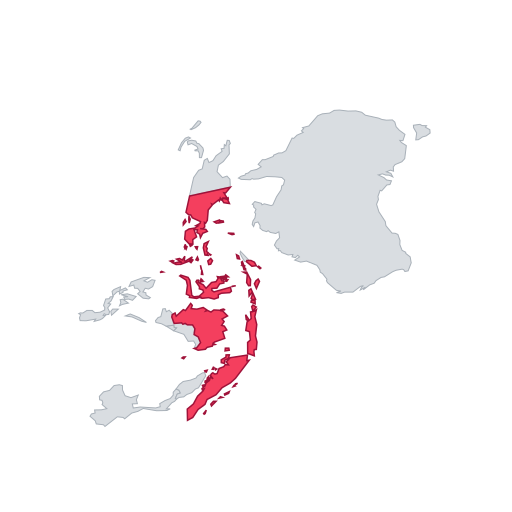 map of Indonesia with Papua New Guinea, East Timor, Thailand and 4 others greyed out, rotated 257°
{"feature_id": "IDN", "entity_name": "Indonesia", "entity_type": "country or territory", "adm_level": 0, "iso_a3": "IDN", "parent_name": "Asia", "parent_adm1": "", "projection": "equal_earth", "projection_center": [119.503, -2.501], "detail": "fine", "context": "with_neighbors", "style": "filled", "palette": "rose", "viewbox_px": 512, "rotation_deg": 257, "n_neighbors": 7, "source": "natural_earth", "source_scale": "50m", "svg_char_len": 12204}
<svg xmlns="http://www.w3.org/2000/svg" viewBox="0 0 512 512"><g transform="rotate(257 256 256)"><path d="M329.5,204.7L346.5,212.9L352.4,219.4L353.0,223.2L360.9,227.1L362.0,230.5L357.6,231.2L358.6,235.5L362.7,239.7L365.6,246.5L368.3,246.2L368.1,249.1L371.7,250.2L370.2,251.4L375.2,254.0L374.6,255.9L371.4,256.3L370.3,254.7L361.5,253.0L355.4,245.4L353.0,239.8L346.9,237.0L339.9,241.0L340.4,245.7L336.6,247.9L329.1,246.5L329.5,204.7ZM383.1,208.9L386.7,213.6L387.2,217.0L385.7,218.7L383.8,212.4L379.0,207.5L375.6,205.7L376.9,204.1L383.1,208.9ZM378.3,225.6L373.2,228.6L370.7,228.6L364.1,225.0L364.6,223.0L368.8,223.9L371.4,223.4L372.2,220.3L372.9,220.2L373.3,223.6L376.0,223.1L380.1,218.6L379.6,214.8L382.5,214.7L383.4,215.8L383.3,219.3L381.6,223.2L379.1,223.8L378.3,225.6ZM394.9,222.3L400.7,230.0L400.0,231.8L398.6,232.5L396.6,230.0L394.6,225.9L393.7,221.1L394.4,220.4L394.9,222.3Z" fill="#d9dde1" stroke="#a8b0b8" stroke-width="1"/><path d="M252.9,245.1L253.4,243.6L257.5,242.2L262.3,241.1L264.1,241.9L253.4,248.3L252.9,245.1Z" fill="#d9dde1" stroke="#a8b0b8" stroke-width="1"/><path d="M159.8,96.7L155.4,95.8L149.3,97.0L146.1,102.3L147.0,110.0L142.9,107.1L138.8,107.2L139.7,102.2L135.5,102.2L134.9,109.2L130.5,124.1L130.7,128.8L133.8,129.0L135.6,134.8L136.4,140.3L139.0,144.0L141.9,144.7L144.3,148.1L142.7,150.7L139.5,151.5L139.2,148.2L135.4,145.4L134.5,146.5L132.7,144.0L131.9,140.9L127.2,134.2L126.4,138.0L125.5,134.4L127.6,124.3L132.8,111.8L131.2,106.0L130.9,99.6L126.9,91.4L128.6,90.2L130.5,84.7L123.9,70.5L125.9,69.4L128.3,62.6L131.6,62.3L137.2,58.2L139.1,60.1L139.2,63.9L142.3,64.1L140.9,70.7L140.8,76.3L145.9,72.6L147.3,73.7L150.0,73.5L151.0,71.3L154.5,71.8L157.9,76.9L158.0,83.1L161.7,88.6L161.3,93.9L159.8,96.7Z" fill="#d9dde1" stroke="#a8b0b8" stroke-width="1"/><path d="M345.6,438.4L348.0,438.8L347.4,445.3L345.7,447.2L344.6,451.5L343.4,450.0L340.0,453.8L336.6,453.3L334.7,448.7L334.6,445.1L332.8,440.4L333.2,437.8L339.7,440.2L345.6,438.4ZM256.3,389.4L247.7,393.7L246.8,396.8L245.1,399.1L238.7,399.8L234.8,398.7L228.6,399.6L226.0,402.7L224.8,402.5L220.5,406.0L214.4,405.7L207.3,400.9L207.4,397.6L209.5,396.8L210.3,395.5L210.6,389.3L210.0,385.8L206.8,376.4L207.0,373.0L205.0,367.4L202.9,365.0L202.3,360.3L198.9,352.9L201.0,355.5L199.4,349.9L201.6,351.6L203.0,354.0L202.9,350.9L199.0,342.3L200.9,334.2L200.4,330.6L202.2,326.2L202.7,330.9L204.5,326.6L214.0,319.6L216.1,319.1L217.4,319.9L223.8,316.9L225.8,315.0L228.3,315.1L233.2,313.3L239.7,304.0L240.0,298.1L243.3,292.8L245.3,298.2L247.3,296.9L245.6,294.0L247.1,290.9L249.2,292.3L249.8,287.5L253.5,281.9L255.9,280.8L256.0,279.0L258.1,279.8L258.2,278.2L262.5,276.4L266.0,279.3L268.5,283.1L274.4,283.7L273.5,280.3L275.8,275.2L278.0,273.5L277.3,271.9L279.4,268.3L282.3,266.1L284.7,266.8L288.7,265.6L288.6,262.4L285.2,260.3L287.7,259.4L290.8,260.9L293.3,263.5L297.2,265.2L298.6,264.5L301.5,266.5L304.3,264.7L306.1,265.2L307.2,264.0L309.3,267.1L306.1,273.1L304.5,273.3L305.0,275.8L301.7,282.1L302.0,283.9L309.2,289.4L314.8,295.3L318.5,296.9L319.2,298.8L323.5,301.0L326.7,298.8L328.8,292.7L331.1,284.2L330.6,275.7L331.4,270.9L332.3,269.6L331.6,267.5L334.0,258.8L335.9,256.4L337.1,259.5L337.3,263.5L338.5,264.3L338.6,267.0L340.2,270.2L340.2,276.1L341.7,281.1L344.8,278.7L348.4,283.8L347.8,286.6L348.6,292.0L349.1,295.2L350.3,295.9L351.3,301.3L350.6,304.5L351.9,308.8L362.8,317.7L362.1,319.2L364.5,323.1L365.8,329.8L367.7,328.4L369.4,331.1L370.6,330.2L370.8,336.7L378.8,347.7L379.6,352.6L378.7,359.8L380.3,364.9L379.4,370.2L376.5,378.3L374.9,386.0L372.3,391.3L368.6,394.2L362.7,406.6L360.7,409.4L359.0,413.7L357.9,419.5L355.2,421.4L350.4,421.6L346.2,424.0L341.0,428.5L335.3,425.1L336.3,422.1L333.9,423.2L329.7,427.3L317.4,422.8L315.0,419.3L313.8,412.1L311.9,409.8L307.7,409.1L309.4,406.3L308.7,402.0L306.2,406.0L302.3,407.1L304.8,403.9L305.7,400.5L307.6,397.7L307.5,393.4L303.6,398.3L300.7,400.3L298.8,404.9L295.5,402.6L295.8,399.5L291.2,393.1L292.1,391.7L286.6,388.2L283.5,388.0L279.3,385.1L271.4,385.7L260.5,389.7L256.3,389.4Z" fill="#d9dde1" stroke="#a8b0b8" stroke-width="1"/><path d="M235.2,109.9L230.8,101.9L234.8,102.1L236.5,104.4L235.2,109.9ZM240.6,125.7L242.7,122.2L243.2,118.3L245.8,117.9L245.1,122.2L248.6,116.0L248.1,122.1L243.5,130.1L240.6,125.7ZM258.8,128.5L260.4,141.9L258.8,147.7L257.0,141.2L254.8,144.4L256.3,149.2L255.0,152.2L249.4,148.4L248.0,143.8L249.5,140.8L246.4,137.7L245.0,140.4L242.7,140.1L239.2,143.7L238.4,141.8L240.3,136.5L245.8,132.2L247.5,135.1L251.1,133.4L251.9,130.5L255.2,130.4L254.9,125.4L258.8,128.5ZM222.2,128.3L215.9,134.3L218.2,129.9L224.5,121.5L227.0,115.2L227.8,120.4L222.2,128.3ZM240.1,71.9L239.4,74.5L241.0,79.0L239.8,84.2L237.0,86.3L236.3,91.4L237.4,96.4L239.9,97.1L242.0,96.3L247.9,99.9L247.4,103.3L249.0,104.8L248.5,107.7L244.8,104.6L243.1,101.3L241.9,103.6L238.8,99.8L234.6,100.8L232.2,99.4L232.5,96.8L233.9,95.1L232.5,93.7L231.9,96.0L229.6,92.3L228.9,89.6L228.7,83.6L230.6,85.6L231.1,75.8L232.6,70.1L235.4,70.1L238.3,71.9L239.7,70.3L240.1,71.9ZM238.9,114.9L238.2,111.8L241.0,113.8L244.0,113.8L243.9,116.5L238.8,121.1L238.9,114.9ZM255.3,110.1L256.6,117.2L253.0,115.5L254.3,121.6L252.0,123.0L251.8,118.6L250.4,118.2L249.6,114.4L252.4,114.9L252.3,112.5L249.4,107.6L253.9,107.8L255.3,110.1Z" fill="#d9dde1" stroke="#a8b0b8" stroke-width="1"/><path d="M134.5,146.5L135.4,145.4L139.2,148.2L139.5,151.5L142.7,150.7L144.3,148.1L148.1,152.5L150.1,156.8L149.8,164.1L150.6,170.1L152.3,171.9L154.1,177.5L154.0,179.7L150.6,180.1L140.5,170.3L140.0,167.0L137.3,162.7L136.6,157.4L135.0,153.9L135.5,149.2L134.5,146.5ZM219.2,161.4L209.6,160.4L207.9,167.7L206.1,169.9L203.6,178.8L199.7,180.2L195.2,178.4L192.9,179.0L190.1,182.2L187.1,181.8L184.0,183.1L180.8,179.4L180.0,175.1L183.5,177.3L187.2,176.1L188.1,170.7L195.9,168.1L201.7,158.9L203.8,162.3L204.8,160.1L207.1,160.3L207.6,153.0L211.3,148.6L213.7,143.6L215.6,143.5L218.1,146.8L218.3,149.6L225.4,153.3L225.1,155.8L221.9,156.1L222.7,159.2L219.2,161.4Z" fill="#d9dde1" stroke="#a8b0b8" stroke-width="1"/><path d="M207.6,153.0L207.1,160.3L204.8,160.1L203.8,162.3L201.7,158.9L207.6,153.0Z" fill="#d9dde1" stroke="#a8b0b8" stroke-width="1"/><path d="M179.8,175.0L179.9,177.6L184.0,182.5L190.2,181.5L193.4,178.0L198.9,180.1L203.1,178.7L204.4,173.6L206.3,171.8L206.0,169.4L207.6,168.5L208.7,161.1L215.5,160.2L217.7,161.2L218.7,164.3L215.3,164.7L220.1,173.1L218.7,175.0L224.5,181.7L222.3,182.8L219.3,181.0L217.5,186.5L217.7,193.0L214.6,195.9L213.7,194.7L213.8,196.6L211.5,199.5L212.9,202.8L211.4,208.1L210.5,209.6L210.0,211.1L204.0,214.8L202.3,208.8L199.3,210.2L196.1,206.9L194.8,209.4L190.5,210.9L189.7,206.6L182.8,207.1L181.5,196.2L180.6,194.5L178.0,193.2L178.0,187.8L176.5,185.7L177.2,178.4L179.8,175.0ZM111.3,152.3L122.3,154.6L125.9,161.7L132.6,167.6L136.4,174.0L138.1,175.5L137.8,173.6L138.9,173.5L140.9,177.1L143.5,178.8L145.2,182.6L148.3,184.3L146.0,186.6L149.8,184.7L151.4,186.2L151.9,187.7L150.2,189.3L150.2,191.7L154.7,194.7L155.4,199.7L157.0,201.5L156.1,204.7L159.6,203.3L162.7,208.0L161.4,225.4L156.1,223.5L156.0,226.0L141.4,208.4L138.1,202.5L135.3,193.3L129.8,185.8L127.2,176.0L122.9,172.9L119.5,165.0L112.9,158.1L111.3,152.3ZM329.4,204.8L328.8,246.5L324.3,240.6L324.9,238.9L319.0,240.9L320.0,236.7L318.4,234.6L319.0,234.3L319.9,234.4L320.5,234.2L317.8,232.6L319.0,232.1L315.9,225.3L316.6,224.5L315.4,224.7L311.6,219.8L301.7,216.6L299.3,214.3L300.3,213.3L295.9,212.6L294.5,210.4L295.3,207.7L293.2,213.1L290.9,214.1L290.1,209.2L286.4,206.0L290.0,206.0L292.2,203.7L294.7,204.9L295.7,201.5L288.0,202.4L286.2,198.1L281.8,197.2L283.0,193.5L288.5,190.3L296.0,192.8L297.4,196.8L297.0,202.9L298.3,206.2L299.1,204.3L300.3,208.7L302.0,209.7L307.5,202.6L310.8,201.6L311.0,199.9L314.3,197.6L329.4,204.8ZM254.3,178.4L250.4,185.0L247.2,186.1L232.1,184.6L230.2,186.3L229.6,191.6L232.5,196.8L234.8,196.6L236.8,193.4L238.7,194.0L244.4,191.7L245.7,193.0L245.4,194.5L243.2,193.8L240.0,198.0L235.8,200.1L240.2,206.7L240.0,211.3L242.9,214.2L243.0,216.3L239.4,217.2L239.0,219.1L236.9,218.6L237.0,214.3L233.5,210.7L234.3,205.7L232.4,205.2L230.5,207.0L231.3,224.0L227.2,224.1L226.2,222.2L227.5,214.0L226.8,210.6L223.9,209.9L223.5,205.5L226.1,200.4L226.9,193.9L227.9,192.4L228.6,193.6L228.0,188.6L230.6,181.8L232.2,182.5L234.5,179.5L242.8,182.6L248.1,182.6L253.7,177.2L254.3,178.4ZM163.0,226.0L173.7,228.4L175.4,231.6L183.8,232.6L185.7,229.3L193.8,232.5L196.1,237.2L202.7,238.1L202.6,242.0L203.6,244.3L197.2,241.2L189.0,241.3L178.3,237.5L171.9,237.6L164.9,235.3L165.2,233.3L163.6,232.5L159.1,231.9L163.0,226.0ZM266.2,182.6L270.8,177.9L270.8,180.9L268.7,183.3L271.8,186.6L267.4,185.0L266.9,186.1L269.5,193.8L266.0,189.6L264.8,180.7L265.7,176.2L267.6,173.9L267.5,179.5L266.2,182.6ZM275.8,206.5L279.7,208.2L280.8,212.8L276.2,209.4L274.4,210.2L271.6,208.8L269.9,210.2L268.1,208.3L267.0,210.5L268.4,206.5L275.8,206.5ZM242.5,243.3L234.2,245.4L228.4,243.8L228.7,242.1L232.2,240.9L240.3,243.4L243.1,240.1L242.5,243.3ZM218.6,240.3L224.2,241.3L225.2,243.7L214.0,245.8L214.3,242.8L215.8,241.7L219.6,244.0L220.9,243.2L218.6,240.3ZM252.6,245.4L253.7,246.1L252.8,250.0L250.3,253.1L246.5,254.1L246.9,249.7L252.6,245.4ZM162.7,198.8L164.2,203.9L166.4,204.6L165.7,207.8L162.5,206.2L161.5,202.1L158.4,201.2L159.9,198.2L162.7,198.8ZM317.3,241.1L313.1,241.9L315.2,236.6L318.5,235.5L319.5,237.4L317.3,241.1ZM229.3,248.2L231.9,250.4L233.1,252.9L230.5,253.7L224.3,249.1L229.3,248.2ZM262.0,207.9L263.8,211.4L261.2,212.6L258.2,210.0L258.3,208.0L262.0,207.9ZM207.7,240.4L208.9,242.0L206.2,244.8L203.0,240.5L207.7,240.4ZM213.7,241.5L213.1,245.1L209.6,244.4L212.2,240.7L213.7,241.5ZM173.1,205.4L172.3,208.8L170.2,208.7L170.5,204.5L173.1,205.4ZM298.7,222.9L299.3,228.5L298.0,228.7L296.7,227.0L296.9,224.7L298.7,222.9ZM201.1,232.7L196.6,234.4L194.7,233.5L196.3,232.2L201.1,232.7ZM243.9,216.2L243.4,221.1L244.5,222.3L241.9,224.4L242.9,217.7L243.9,216.2ZM121.8,178.6L124.0,181.8L123.4,184.4L119.9,178.9L121.8,178.6ZM129.9,199.5L128.3,198.4L127.5,194.3L128.7,194.2L129.9,199.5ZM283.1,239.4L282.1,239.4L282.2,237.4L284.7,233.7L283.1,239.4ZM280.9,188.1L283.4,189.9L280.0,188.6L281.3,190.2L280.6,190.9L278.2,189.4L280.9,188.1ZM250.4,198.7L254.7,200.1L250.0,200.0L250.4,198.7ZM241.9,221.9L240.2,222.2L240.6,218.7L242.2,217.7L241.9,221.9ZM302.7,192.2L305.2,192.7L307.5,195.1L305.3,195.6L302.7,192.2ZM261.6,237.3L260.0,239.1L256.8,239.3L257.7,237.2L261.6,237.3ZM298.5,229.4L297.4,232.0L296.3,231.9L296.5,227.8L298.5,229.4ZM268.2,198.7L265.4,199.1L264.6,198.3L265.8,196.6L268.2,198.7ZM303.1,198.3L306.6,198.7L309.9,199.6L306.7,200.2L303.1,198.3ZM243.2,195.6L246.1,197.3L244.4,198.4L244.3,196.4L243.1,198.2L243.2,195.6ZM269.6,174.8L268.5,173.3L270.3,171.3L270.4,173.7L269.6,174.8ZM251.0,240.3L253.3,240.5L253.7,241.5L250.1,242.0L251.0,240.3ZM278.7,198.9L278.2,201.2L275.8,200.0L277.0,199.3L278.7,198.9ZM211.7,212.2L210.5,213.8L211.5,208.9L211.7,212.2ZM265.4,190.1L266.9,193.2L266.3,193.7L264.1,191.2L265.4,190.1ZM117.0,172.9L113.9,171.0L113.5,169.9L114.3,169.5L117.0,172.9ZM173.6,164.3L172.1,162.4L173.3,160.9L174.0,162.4L173.6,164.3ZM281.8,196.5L280.8,196.1L280.2,194.2L282.0,193.9L281.8,196.5ZM148.2,182.5L145.7,182.5L145.8,181.0L148.2,182.5ZM142.0,174.7L142.1,176.5L141.0,176.9L140.6,175.0L142.0,174.7ZM247.9,241.1L246.2,243.0L244.6,242.8L245.4,241.2L247.9,241.1ZM243.2,258.0L242.7,257.0L245.2,255.2L245.5,256.3L243.2,258.0ZM255.6,199.6L259.5,199.8L255.0,199.9L255.6,199.6ZM155.7,180.2L155.7,182.7L154.1,181.5L154.7,180.4L155.7,180.2ZM180.3,194.7L179.0,196.2L179.1,194.4L180.3,194.7ZM136.1,207.3L136.1,209.4L134.8,205.9L136.1,207.3ZM155.5,187.9L157.7,189.8L155.1,189.2L155.5,187.9ZM239.0,223.0L237.9,221.8L238.4,220.6L239.0,221.2L239.0,223.0ZM126.9,189.7L125.8,191.5L125.8,188.0L126.9,189.7ZM145.4,181.7L144.7,181.1L144.6,179.0L145.5,180.1L145.4,181.7ZM262.3,160.5L261.3,161.9L261.5,158.8L262.3,160.5ZM249.4,240.7L249.0,242.8L247.9,242.3L249.4,240.7ZM145.6,178.3L145.8,179.5L143.5,177.7L145.6,178.3ZM154.2,191.0L155.7,191.0L154.7,192.3L154.2,191.0ZM149.0,182.4L146.7,181.3L146.9,180.6L148.2,181.2L149.0,182.4ZM244.6,213.7L244.0,215.2L243.4,213.9L244.6,213.7ZM269.0,210.6L267.3,212.3L267.1,211.8L269.0,210.6ZM319.0,241.9L317.6,241.8L317.4,241.4L318.6,240.5L319.0,241.9ZM231.9,226.4L231.6,229.6L231.6,225.1L231.9,226.4ZM134.8,205.3L134.0,206.2L133.8,204.3L134.8,205.3Z" fill="#f43f5e" stroke="#9f1239" stroke-width="1.5"/></g></svg>